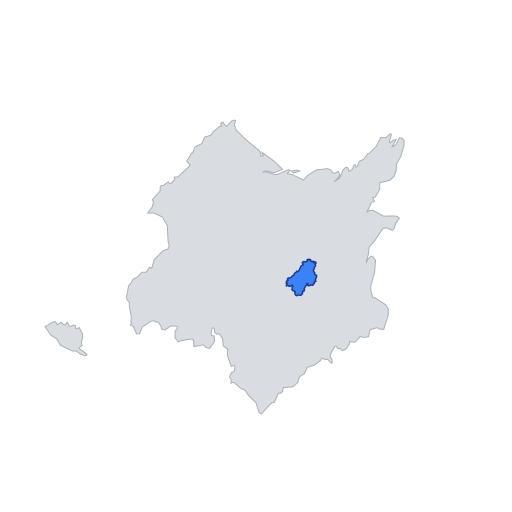 location of Loiret within France, rotated 120°
{"feature_id": "FRA-5317", "entity_name": "Loiret", "entity_type": "Metropolitan department", "adm_level": 1, "iso_a3": "FRA", "parent_name": "France", "parent_adm1": "", "projection": "robinson", "projection_center": [2.43, 47.912], "detail": "fine", "context": "in_parent", "style": "filled", "palette": "blue", "viewbox_px": 512, "rotation_deg": 120, "n_neighbors": 0, "source": "natural_earth", "source_scale": "10m", "svg_char_len": 6388}
<svg xmlns="http://www.w3.org/2000/svg" viewBox="0 0 512 512"><g transform="rotate(120 256 256)"><path d="M378.7,214.1L375.8,215.4L374.1,218.2L372.2,218.9L368.9,218.9L367.2,217.2L363.2,218.3L361.6,220.1L364.0,222.2L356.2,231.2L351.1,233.6L350.1,239.4L344.1,243.8L342.0,248.4L341.8,249.3L343.4,250.8L342.8,253.8L339.7,255.7L339.8,257.7L340.7,257.9L345.3,256.4L347.1,254.6L346.1,252.2L350.8,249.2L359.2,249.9L360.3,253.9L359.3,257.2L365.5,264.5L360.3,267.8L360.0,270.1L365.7,277.3L369.1,280.4L367.4,285.2L361.7,288.4L358.0,288.1L356.5,288.9L356.7,290.4L359.3,294.9L365.6,297.8L366.6,301.2L364.9,302.4L362.1,307.5L363.4,310.0L363.0,311.1L363.6,312.8L365.3,314.5L374.1,318.9L381.9,318.1L383.0,320.6L378.3,327.3L378.6,330.3L376.2,330.3L375.8,331.3L371.0,333.6L363.3,340.3L359.7,342.3L358.3,345.8L356.2,347.7L345.0,351.6L342.8,350.7L337.4,350.8L333.9,348.3L327.3,346.8L325.1,343.2L319.0,342.5L318.6,340.2L310.1,342.3L297.9,339.1L293.7,335.6L290.2,336.5L287.1,339.6L274.1,347.9L269.0,356.4L270.0,366.3L273.0,371.2L265.0,370.4L260.3,371.9L259.1,374.0L247.8,371.5L243.6,373.6L242.5,373.4L241.0,371.4L235.5,369.0L236.4,367.4L235.6,365.9L230.4,364.7L228.6,366.2L226.7,363.3L212.2,358.7L209.8,358.8L208.8,363.3L199.5,363.2L198.1,362.4L192.1,363.3L185.7,359.1L178.6,359.9L174.3,355.6L170.0,355.3L164.1,353.1L161.4,351.9L161.0,350.7L159.2,352.6L157.0,352.2L156.5,351.6L158.0,349.2L158.4,346.4L150.9,344.4L149.0,342.4L149.0,341.3L153.0,340.3L156.7,336.5L160.4,322.5L163.1,306.0L165.0,302.8L167.3,302.0L165.5,299.7L163.2,302.7L164.8,287.6L167.7,276.4L173.8,281.0L175.3,283.0L177.0,289.7L180.5,292.5L178.2,289.8L176.1,280.8L174.7,278.3L165.0,270.9L164.7,269.2L169.0,270.1L167.3,264.5L166.5,252.8L160.5,251.6L151.1,246.7L144.6,237.7L144.0,234.4L145.8,230.9L144.3,228.6L141.5,227.1L143.8,224.0L145.7,223.7L152.6,225.5L147.0,222.6L137.9,223.6L134.3,222.6L133.7,220.5L136.2,217.7L133.2,216.1L128.0,216.5L127.3,215.7L128.9,213.8L127.6,213.1L123.4,213.8L121.0,213.2L118.7,211.0L111.9,210.5L110.4,209.2L101.0,206.7L91.0,207.1L88.4,202.7L82.5,200.6L83.7,199.2L89.8,197.9L91.0,196.6L86.7,194.8L85.2,193.0L93.3,192.6L89.7,190.6L81.8,190.8L80.9,188.1L82.0,185.4L86.6,183.0L98.0,180.3L106.3,180.3L112.2,177.2L118.0,176.3L123.4,177.8L130.7,185.5L136.6,182.1L145.4,182.2L147.2,184.1L149.6,180.7L151.5,182.7L162.3,182.0L159.8,180.6L157.9,177.4L157.7,165.4L152.4,156.7L151.1,153.5L151.5,150.8L157.8,151.3L163.2,150.1L165.7,150.9L166.2,156.5L168.4,159.8L183.1,160.8L191.6,162.5L198.8,159.4L205.5,157.9L206.1,157.2L202.2,157.5L198.7,156.1L198.2,154.6L200.1,150.2L210.4,145.4L225.4,141.3L229.2,138.6L233.7,133.8L232.7,132.5L233.4,119.3L235.7,115.0L241.3,111.9L255.8,108.7L257.6,112.9L257.5,115.3L261.3,119.0L263.2,120.2L269.5,118.1L272.6,121.6L273.5,125.5L281.1,127.1L283.4,132.2L284.8,131.1L289.6,131.3L291.8,131.7L294.9,133.9L294.0,137.0L295.4,138.5L294.1,141.3L295.0,142.5L303.8,142.5L306.4,141.2L307.6,138.4L310.2,136.7L311.2,137.2L309.6,142.5L310.9,143.8L311.5,147.7L314.9,148.0L321.4,151.0L326.9,156.0L333.6,155.2L339.0,158.0L344.4,156.6L349.6,158.1L351.5,159.6L356.4,166.6L360.1,165.2L362.7,166.1L363.6,168.1L373.5,166.9L375.3,168.9L377.4,169.6L390.0,172.3L390.2,174.9L383.2,182.5L380.3,193.3L378.3,197.0L377.6,199.8L378.2,201.7L377.9,204.6L376.6,211.6L377.5,213.6L378.7,214.1ZM428.7,359.7L428.2,364.2L430.1,367.5L431.1,380.4L427.6,386.7L427.1,394.3L422.7,403.3L415.3,399.2L413.1,397.0L414.9,393.6L410.7,391.7L411.6,388.4L411.1,386.7L408.1,386.5L407.9,385.7L410.0,383.1L409.9,381.5L407.1,379.5L406.5,377.7L409.1,375.7L407.9,373.9L406.3,373.5L409.9,367.6L412.3,365.8L418.0,364.1L420.2,362.0L424.0,363.1L424.6,362.6L425.6,353.2L426.9,353.1L428.1,354.4L428.7,359.7ZM165.5,265.1L164.6,267.8L160.9,263.2L160.5,260.7L165.5,265.1Z" fill="#d9dde1" stroke="#a8b0b8" stroke-width="1"/><path d="M233.5,209.8L232.3,208.7L232.7,208.1L232.8,207.9L231.9,207.0L232.3,206.4L233.0,205.8L233.0,204.7L232.7,204.4L232.3,204.2L232.0,204.0L232.1,203.6L232.7,203.1L232.8,202.8L232.6,202.3L232.4,202.1L232.1,202.1L231.6,202.2L231.5,201.2L231.7,200.9L232.1,200.5L232.4,200.5L233.2,200.8L233.5,200.7L233.9,200.3L234.3,199.8L234.7,199.6L235.4,199.5L236.7,199.7L238.1,199.2L238.6,199.1L239.2,199.3L239.7,199.1L240.1,198.8L240.5,198.3L241.0,197.2L241.2,196.7L241.7,196.5L242.1,196.5L242.3,196.4L242.5,196.1L242.6,195.7L242.4,194.7L242.4,194.3L242.4,194.1L242.9,193.4L246.4,192.7L247.2,192.4L247.5,192.2L247.8,191.6L248.0,191.5L248.5,191.7L248.7,191.9L248.9,192.1L248.9,192.3L249.1,192.4L249.4,192.5L250.0,192.4L250.2,192.2L250.4,192.0L250.5,191.9L250.8,191.8L251.9,192.4L252.6,192.3L252.8,192.2L253.2,192.6L253.3,192.9L253.6,194.0L255.1,195.0L255.4,195.2L255.5,195.5L255.5,195.9L255.2,196.3L255.4,196.7L255.4,196.8L255.4,197.0L255.2,197.1L254.6,197.0L254.3,197.0L254.2,197.1L254.0,197.3L254.0,197.5L254.2,197.9L254.4,198.0L254.8,198.1L255.1,198.1L256.0,197.9L256.4,197.8L259.7,198.0L260.0,198.0L260.5,197.7L260.9,197.3L261.1,197.1L261.5,197.0L262.2,196.9L262.4,197.0L262.5,197.2L262.4,197.3L262.3,197.5L262.7,197.8L263.0,197.8L265.5,197.0L265.8,197.0L266.2,197.1L267.1,197.3L267.4,197.5L267.6,197.6L267.8,197.8L267.9,198.0L268.3,199.4L268.5,199.7L268.7,199.9L269.5,200.4L269.9,200.8L270.0,201.0L270.1,201.7L270.0,202.1L269.5,203.0L269.3,203.3L269.1,203.4L268.6,203.7L268.3,203.9L268.0,204.3L267.8,204.4L267.6,204.5L267.2,204.5L267.1,204.8L267.2,205.5L267.3,205.8L267.5,206.2L267.6,206.4L267.4,206.6L267.3,206.8L267.2,206.9L267.2,207.1L267.3,207.3L267.3,207.5L267.3,207.8L267.1,208.0L266.9,208.2L266.1,208.4L265.3,208.9L265.1,208.9L264.9,208.9L264.4,208.9L263.9,208.9L263.7,209.0L263.3,209.3L263.2,209.6L263.2,209.9L263.2,210.2L263.4,210.3L263.6,210.5L263.8,210.5L264.1,210.6L264.3,210.7L265.0,211.2L265.2,211.5L265.6,212.0L265.7,212.4L265.7,212.7L265.5,213.0L265.5,213.3L265.6,213.6L266.3,214.3L266.6,214.8L266.1,215.0L265.1,215.0L264.9,215.1L263.9,215.5L263.8,215.8L264.3,216.2L263.8,216.4L262.9,216.9L262.4,216.9L262.1,216.8L261.4,216.2L260.9,216.1L260.7,216.4L260.5,216.9L260.2,217.3L259.5,217.3L259.1,217.1L258.3,216.3L257.3,214.9L256.8,214.7L255.5,214.7L255.0,214.6L253.8,213.6L253.4,213.6L252.1,214.0L251.5,213.9L250.3,213.2L249.7,213.1L248.9,213.2L248.6,211.9L247.3,211.5L242.4,211.9L241.7,211.8L240.5,211.0L239.8,210.8L239.5,210.9L239.4,211.1L239.3,211.8L238.8,212.5L238.1,212.6L237.3,212.2L236.7,211.5L236.4,210.1L236.1,209.8L235.1,209.5L234.2,208.9L233.9,209.5L233.5,209.8Z" fill="#3b82f6" stroke="#1e3a8a" stroke-width="1.5"/></g></svg>